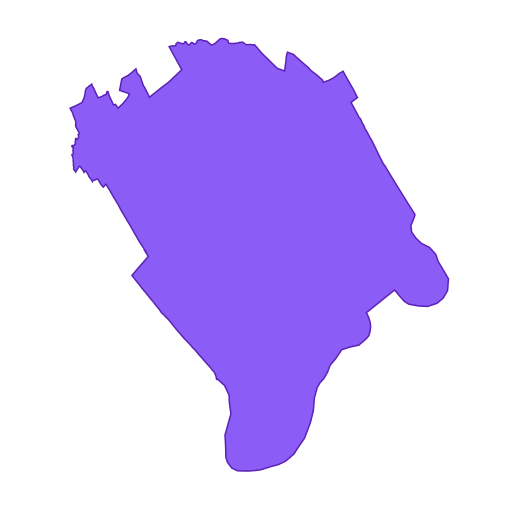 Cotofenii Din Fata, Dolj, Romania, rotated 273°
{"feature_id": "2599482B64594888050734", "entity_name": "Cotofenii Din Fata", "entity_type": "district", "adm_level": 2, "iso_a3": "ROU", "parent_name": "Romania", "parent_adm1": "Dolj", "projection": "robinson", "projection_center": [23.665, 44.452], "detail": "fine", "context": "isolated", "style": "filled", "palette": "violet", "viewbox_px": 512, "rotation_deg": 273, "n_neighbors": 0, "source": "geoboundaries", "source_scale": "gbopen_adm2", "svg_char_len": 6004}
<svg xmlns="http://www.w3.org/2000/svg" viewBox="0 0 512 512"><g transform="rotate(273 256 256)"><path d="M305.7,412.6L318.6,403.5L334.3,392.6L340.3,388.5L349.3,382.3L352.5,380.3L354.8,378.3L360.8,374.8L377.3,365.7L380.1,363.7L385.4,360.6L388.7,358.3L391.4,357.1L394.7,355.0L398.5,353.1L399.1,352.4L400.0,351.5L404.2,349.1L411.5,344.6L414.4,342.9L419.5,349.0L427.0,344.8L440.2,336.2L445.1,333.3L444.2,332.0L442.5,329.3L441.3,328.1L437.8,323.9L435.3,319.6L433.0,314.1L435.1,313.3L436.4,311.6L438.2,309.5L440.0,307.2L443.8,301.5L447.1,298.1L453.3,290.1L457.3,285.1L458.7,283.7L459.4,282.6L459.8,281.1L460.3,279.6L461.2,276.8L459.1,276.2L455.8,275.8L450.4,275.6L448.1,275.3L447.0,275.2L445.3,275.2L442.3,274.9L443.7,270.2L444.3,267.9L445.0,266.9L449.3,262.0L458.9,251.1L466.5,243.9L467.0,243.3L466.6,242.3L466.7,240.8L467.0,239.5L466.8,238.6L466.7,237.2L466.5,235.6L467.0,234.3L468.2,232.5L468.8,231.6L468.7,230.2L468.5,228.8L468.2,227.7L467.5,226.3L467.4,225.6L467.5,224.4L467.2,223.7L466.9,222.4L467.1,221.3L467.0,220.8L466.8,219.4L467.0,218.4L467.4,217.6L468.3,217.1L469.1,216.9L469.8,216.6L470.1,216.1L470.4,215.1L471.1,213.8L471.3,212.3L471.3,211.4L471.5,210.7L471.4,210.2L471.2,209.6L471.0,209.1L470.4,208.3L469.4,207.1L468.2,206.0L467.6,205.4L466.5,204.3L465.6,203.2L464.8,201.8L464.5,200.6L464.5,200.0L466.0,198.4L466.6,197.1L467.1,196.9L467.7,196.3L467.7,195.9L468.0,195.3L468.2,194.5L468.2,193.7L468.3,193.1L468.2,192.6L468.1,192.2L468.2,191.7L468.5,191.4L468.9,190.7L469.1,189.5L469.0,188.5L468.7,188.1L468.7,187.6L468.3,186.8L468.1,186.5L467.6,186.0L466.6,185.7L465.0,184.8L464.7,184.5L464.6,183.5L464.8,182.7L465.3,182.0L465.8,181.0L465.8,180.6L465.4,180.0L465.1,179.7L464.5,179.3L463.7,178.7L463.3,178.0L463.5,177.4L463.9,176.8L464.3,176.4L464.6,175.9L465.2,175.4L466.2,174.9L466.3,174.4L466.2,173.9L466.0,173.6L465.6,173.4L465.0,173.2L464.3,172.7L464.1,172.4L464.0,172.1L464.0,171.8L464.2,171.3L464.4,170.6L464.5,170.1L464.6,169.1L464.9,168.2L465.2,167.6L465.3,167.1L465.3,166.6L464.9,166.2L464.4,165.9L464.0,165.6L463.8,165.1L463.3,165.0L461.9,164.9L461.7,164.6L461.6,163.9L461.5,162.1L461.2,160.1L460.8,159.1L460.5,158.3L438.1,172.1L424.8,159.4L419.9,153.5L409.0,141.3L411.2,140.1L418.0,136.3L420.3,134.6L429.2,131.0L432.4,127.7L436.6,126.3L432.7,122.3L429.6,118.8L427.4,114.9L425.7,112.7L424.4,112.5L414.3,111.1L411.4,121.1L407.5,119.6L401.7,115.5L396.5,110.5L400.1,107.7L399.4,105.8L403.6,103.6L404.8,102.9L407.6,101.4L412.5,99.5L412.6,99.0L411.8,98.3L410.4,98.2L409.4,97.8L408.9,96.1L407.0,93.4L405.8,90.0L415.8,84.7L417.4,83.4L418.1,83.3L419.0,83.0L418.6,82.6L418.0,82.0L417.5,80.9L415.5,79.1L414.7,77.9L413.5,77.4L411.6,76.9L409.1,76.8L405.1,76.1L400.1,74.2L397.8,70.2L396.4,67.8L394.7,64.1L393.8,62.6L392.9,63.2L392.1,63.6L389.9,65.0L389.1,65.5L386.3,66.4L385.5,66.9L385.2,67.0L384.7,67.2L384.3,67.3L382.0,68.5L380.8,68.8L380.0,69.0L379.1,69.1L377.4,69.0L376.2,69.2L375.3,69.5L374.7,69.9L373.7,70.5L372.6,71.3L371.6,71.8L369.2,73.2L368.4,72.8L367.9,72.0L366.4,72.6L364.6,72.3L363.0,71.5L364.0,69.9L363.0,69.6L358.2,69.5L356.5,68.0L356.8,66.9L356.3,66.3L355.2,66.7L354.5,67.9L352.3,67.7L350.1,67.9L348.9,68.3L348.1,67.8L347.7,67.0L347.3,66.8L344.3,68.3L341.4,68.4L339.6,68.8L337.4,68.9L337.2,68.9L336.1,69.1L334.9,69.4L333.1,69.3L332.7,69.6L332.4,69.9L330.4,71.5L330.7,71.7L331.7,72.1L334.3,73.7L335.8,74.6L336.2,74.9L336.3,75.1L336.4,75.3L336.3,75.5L336.1,75.7L335.7,76.1L331.9,79.1L331.5,79.4L330.5,79.9L330.8,80.1L331.4,80.1L331.7,80.3L331.9,81.0L332.0,81.4L331.9,81.6L331.5,81.8L331.1,82.3L328.6,84.1L327.3,84.6L326.0,85.5L324.3,87.0L322.4,88.3L321.8,88.8L322.3,88.9L322.7,89.1L322.8,89.2L322.9,89.4L323.2,90.5L323.5,91.1L324.4,92.7L324.5,92.9L324.5,93.4L324.5,93.6L324.4,93.8L324.1,94.1L323.5,94.7L322.3,95.5L322.0,95.6L321.7,95.8L321.1,96.2L320.0,97.0L317.4,99.2L316.8,99.8L317.3,100.3L319.4,101.9L319.8,102.3L317.1,104.2L315.8,105.2L313.6,106.7L312.9,107.2L311.6,107.9L310.5,108.7L307.8,110.4L305.8,111.8L302.7,113.8L301.0,115.1L295.4,118.4L291.4,121.0L289.4,122.5L289.0,122.5L288.7,122.7L287.6,123.6L286.5,124.3L285.7,124.7L283.1,126.5L280.4,128.4L278.1,129.8L275.7,131.5L274.5,132.1L272.9,133.2L271.5,134.0L268.3,136.2L266.9,137.0L261.9,140.4L261.4,140.9L258.0,143.4L257.6,143.7L256.4,144.0L256.1,144.1L255.7,144.6L255.5,144.8L255.3,145.6L255.1,145.7L254.5,145.2L251.9,147.1L250.8,147.9L250.6,148.1L250.1,148.5L248.5,147.3L246.2,145.5L245.3,144.8L243.6,143.6L241.8,142.1L236.8,138.2L234.1,136.2L230.1,133.1L228.6,134.5L227.1,135.8L226.8,136.0L223.9,138.5L220.0,142.1L218.3,143.4L217.3,144.3L216.4,145.2L215.2,146.2L214.7,146.8L212.6,148.7L211.0,150.1L210.0,151.0L208.2,152.5L207.0,153.7L206.4,154.3L204.3,156.3L203.9,156.5L203.6,156.9L203.4,157.1L202.2,158.0L197.9,161.9L196.1,163.3L194.2,164.8L192.0,167.5L190.2,169.3L189.7,170.0L189.3,170.3L188.7,171.1L188.2,171.6L185.9,173.8L183.0,176.3L181.2,178.0L178.9,180.0L177.5,181.3L176.7,182.0L175.4,183.5L174.3,184.5L173.9,184.8L172.6,186.0L169.1,189.4L167.3,191.5L166.1,192.7L164.5,194.3L163.7,195.2L161.8,196.9L160.7,198.0L159.4,199.5L158.3,200.7L157.2,201.7L155.9,202.9L153.8,204.8L151.8,206.9L149.7,208.9L147.6,210.9L144.7,213.8L144.5,214.0L141.7,216.8L140.1,218.1L139.5,218.7L138.1,220.3L137.0,220.7L136.3,221.2L134.3,222.1L132.7,222.7L130.7,223.1L130.8,224.3L125.0,231.4L115.6,236.4L108.7,237.0L97.1,239.2L75.6,234.4L66.5,235.4L53.3,236.5L48.6,238.2L42.9,243.0L40.5,248.8L40.7,255.2L41.0,260.7L41.7,266.1L42.8,272.1L46.5,281.9L48.8,289.2L52.7,296.3L60.3,304.3L65.5,307.2L76.5,313.9L83.4,316.2L93.2,319.2L104.8,321.4L117.0,321.7L127.5,323.9L132.6,326.4L137.2,330.2L143.7,333.5L150.9,335.8L157.8,341.1L166.8,346.4L169.9,354.3L172.4,363.4L178.9,370.2L182.2,372.8L186.2,373.8L191.7,374.2L196.2,373.3L200.4,371.8L205.2,369.2L229.3,396.2L224.7,400.4L218.7,406.2L215.9,411.0L214.6,420.6L214.6,430.0L218.2,439.2L223.6,445.0L231.4,449.1L243.2,449.4L253.9,442.4L260.1,438.2L267.1,435.4L273.7,428.8L277.2,420.6L282.3,414.7L288.0,410.2L294.3,409.1L303.5,412.2L305.7,412.6Z" fill="#8b5cf6" stroke="#5b21b6" stroke-width="1.5"/></g></svg>